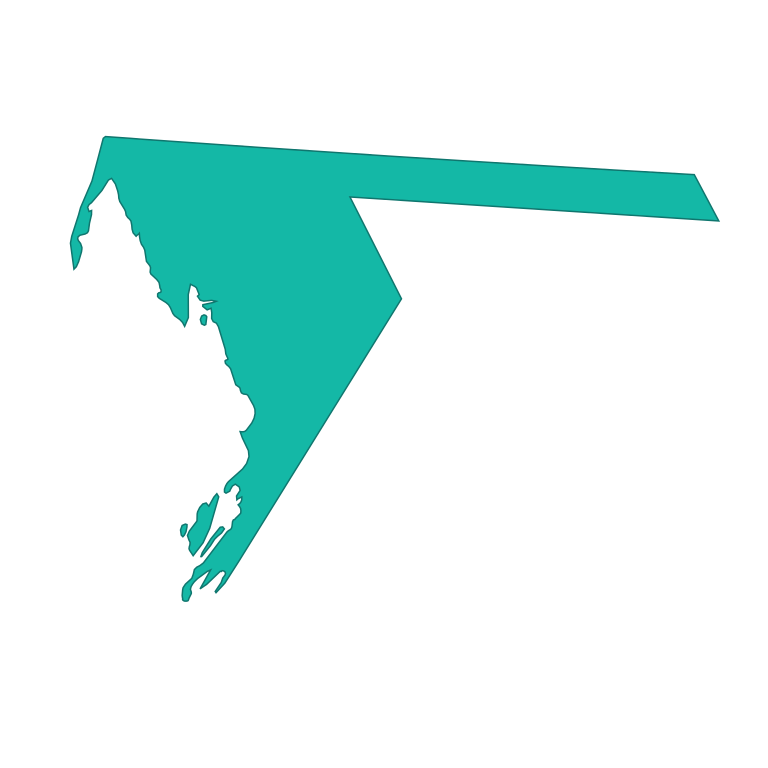 outline of Dakhlet Nouadhibou, rotated 4°
{"feature_id": "MRT-2785", "entity_name": "Dakhlet Nouadhibou", "entity_type": "Region", "adm_level": 1, "iso_a3": "MRT", "parent_name": "Mauritania", "parent_adm1": "", "projection": "orthographic", "projection_center": [-16.46, 20.371], "detail": "fine", "context": "isolated", "style": "filled", "palette": "teal", "viewbox_px": 768, "rotation_deg": 4, "n_neighbors": 0, "source": "natural_earth", "source_scale": "10m", "svg_char_len": 3536}
<svg xmlns="http://www.w3.org/2000/svg" viewBox="0 0 768 768"><g transform="rotate(4 384 384)"><path d="M66.7,291.1L61.4,265.4L62.2,258.4L67.5,236.7L69.0,229.2L78.5,201.9L82.9,179.1L86.8,158.5L88.9,156.6L114.6,156.6L123.8,156.7L149.7,156.7L189.9,156.7L242.0,156.7L303.8,156.5L372.7,156.3L446.3,155.8L522.4,155.2L598.4,154.5L672.0,153.6L678.9,153.5L706.6,198.0L337.0,199.8L395.5,297.8L251.6,570.9L239.1,593.8L231.0,603.9L230.1,602.7L235.4,593.5L236.7,588.8L238.7,585.7L239.1,584.1L238.5,582.5L237.0,581.6L235.5,581.5L234.8,582.4L233.7,582.3L221.2,596.1L214.8,601.2L224.0,581.6L220.8,583.3L211.7,591.0L208.5,594.6L207.0,596.9L205.7,599.5L205.2,602.3L206.3,605.1L206.4,606.5L204.5,611.1L203.9,613.3L203.4,614.0L202.0,614.4L200.5,614.5L199.3,614.2L198.3,613.5L198.1,613.0L198.2,612.4L197.8,611.0L197.4,609.0L197.5,603.2L197.8,601.2L199.9,597.5L205.8,591.3L207.0,587.2L207.8,582.3L210.0,579.8L213.0,578.0L216.3,575.1L237.7,542.5L239.0,541.2L240.5,540.2L241.8,538.9L242.3,536.7L242.5,531.9L243.2,530.1L244.7,529.5L245.1,528.6L249.0,524.2L250.1,522.8L250.1,520.3L249.6,518.1L248.4,516.3L246.9,514.7L248.6,513.1L249.7,511.2L250.2,509.0L250.0,506.6L246.5,508.6L245.3,509.8L244.7,506.0L247.9,500.2L246.8,496.8L242.7,494.3L239.9,496.3L238.2,499.8L237.6,501.7L234.0,503.9L232.4,502.9L232.2,500.0L233.1,496.8L234.3,494.2L235.7,492.2L248.8,478.7L252.5,472.9L254.4,465.8L253.4,459.9L246.6,447.9L243.8,441.5L245.6,441.6L247.2,441.4L248.6,440.9L249.9,439.7L254.9,432.0L256.8,427.2L257.5,422.5L257.0,418.2L255.4,414.6L249.0,404.8L247.7,404.0L244.5,403.8L242.4,402.8L241.3,400.6L240.7,398.3L239.8,397.3L236.2,395.1L229.9,379.5L227.9,377.3L225.9,375.9L224.4,374.4L223.8,372.1L224.5,371.3L225.7,370.8L226.6,370.2L226.2,368.8L225.6,367.9L224.1,365.0L223.2,360.4L214.8,338.3L212.6,335.0L209.3,333.7L207.5,330.7L207.2,324.8L206.2,320.5L202.4,322.4L197.8,319.2L197.8,317.5L207.9,314.6L210.8,313.2L206.2,312.6L198.4,313.9L194.8,313.2L191.8,309.4L193.4,307.7L190.2,301.1L188.7,300.0L184.0,298.0L182.5,308.4L184.2,331.4L181.1,340.4L178.8,336.7L175.9,334.0L170.3,330.5L168.5,328.4L165.6,322.8L163.6,320.0L160.8,317.9L153.8,314.2L152.1,312.6L151.9,309.9L153.0,308.7L154.4,308.3L155.1,307.7L155.1,305.7L153.8,303.7L153.5,302.0L152.5,298.4L149.9,295.5L143.8,290.6L142.9,288.7L143.0,284.3L142.2,282.4L138.5,278.3L136.0,267.1L134.6,264.4L132.3,261.5L130.8,258.0L129.9,254.3L129.4,250.7L128.5,251.8L127.1,253.0L126.4,253.9L123.2,250.7L121.9,247.1L121.3,243.2L120.2,239.1L118.8,237.4L116.8,235.8L115.0,233.5L114.2,230.1L113.0,227.8L107.7,220.4L106.5,217.1L106.0,213.8L104.9,210.0L102.1,203.2L97.9,197.9L94.9,199.7L89.1,210.6L79.5,223.6L77.3,225.5L76.0,228.3L77.7,232.5L80.2,231.3L80.4,235.4L79.0,244.0L78.5,251.8L77.6,253.8L75.4,255.2L70.3,256.8L68.5,258.6L68.3,260.7L69.3,262.5L71.5,265.0L73.1,268.8L73.2,270.4L73.0,273.3L70.8,283.3L68.9,288.5L66.7,291.1ZM217.8,518.1L222.2,508.7L224.9,505.1L227.0,508.1L220.2,540.1L214.6,555.0L205.6,568.6L201.7,563.5L201.0,562.0L201.1,560.0L201.6,557.9L201.6,555.5L200.2,553.0L198.5,548.8L200.1,544.3L206.5,534.5L207.0,533.5L206.7,526.6L207.0,524.5L208.8,520.0L211.6,516.3L214.9,515.1L217.8,518.1ZM230.6,538.3L233.1,537.8L234.9,539.7L232.3,544.0L228.6,547.5L225.8,550.7L222.1,557.5L214.1,568.9L213.4,568.9L214.5,564.8L222.1,550.5L230.6,538.3ZM195.6,537.6L197.3,538.0L197.4,540.4L196.8,545.2L195.4,548.6L194.0,550.4L192.3,548.9L191.2,543.8L192.5,539.2L195.6,537.6ZM199.6,327.6L201.5,328.1L202.5,329.3L202.1,337.1L200.7,337.9L197.8,336.7L196.3,332.4L197.4,328.9L199.6,327.6Z" fill="#14b8a6" stroke="#0f766e" stroke-width="1.5"/></g></svg>